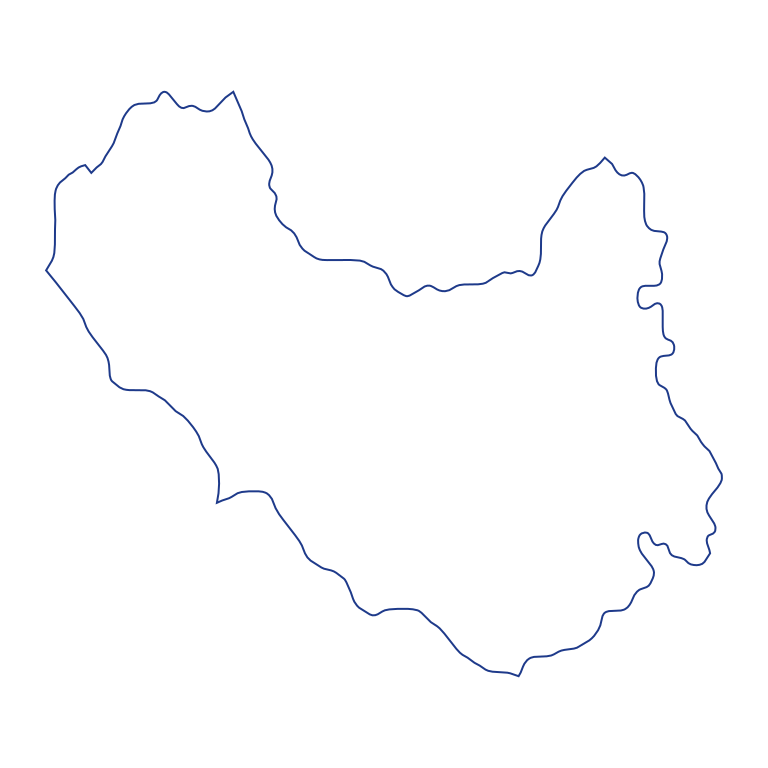 the district of Yamasá, Monte Plata, Dominican Republic
{"feature_id": "3306468B37411515289314", "entity_name": "Yamasá", "entity_type": "district", "adm_level": 2, "iso_a3": "DOM", "parent_name": "Dominican Republic", "parent_adm1": "Monte Plata", "projection": "equal_earth", "projection_center": [-70.05, 18.766], "detail": "fine", "context": "isolated", "style": "outline", "palette": "blue", "viewbox_px": 768, "rotation_deg": 0, "n_neighbors": 0, "source": "geoboundaries", "source_scale": "gbopen_adm2", "svg_char_len": 6086}
<svg xmlns="http://www.w3.org/2000/svg" viewBox="0 0 768 768"><path d="M55.3,220.1L55.0,229.3L54.9,244.5L54.3,253.0L53.4,257.0L51.9,260.7L46.1,270.4L56.2,282.8L74.5,306.2L79.7,313.1L83.3,319.0L86.3,327.1L88.7,331.6L92.6,337.2L103.1,350.7L106.0,354.9L107.5,358.0L108.5,361.5L109.1,365.0L109.8,375.6L110.6,378.7L111.2,380.1L112.1,381.3L119.5,387.3L123.4,389.2L126.3,389.8L129.2,390.1L145.8,390.3L150.1,391.2L152.8,392.4L158.6,396.4L164.9,400.3L175.7,411.2L183.2,416.0L187.8,420.6L193.2,427.3L196.2,431.6L198.8,436.1L201.8,444.2L203.4,447.3L206.2,451.6L214.4,462.6L216.2,465.6L217.7,468.8L218.7,474.2L219.1,483.7L218.5,493.3L216.9,502.8L222.2,500.5L229.1,498.2L231.6,496.9L237.6,493.2L241.8,492.0L249.3,491.3L258.3,491.3L262.7,491.8L265.5,492.7L266.9,493.4L269.1,495.2L271.9,498.9L275.6,508.2L279.1,514.2L283.3,519.9L295.2,535.3L299.3,541.0L301.9,545.5L305.0,553.4L307.4,557.4L310.6,560.6L321.4,567.5L324.0,568.7L331.1,570.4L333.8,571.4L336.2,572.8L344.0,578.7L344.9,579.7L346.4,582.3L350.8,592.3L353.0,598.7L354.3,601.7L357.0,605.6L359.1,607.7L369.8,614.4L372.4,615.3L375.2,615.2L377.7,614.3L382.3,611.5L384.9,610.3L389.4,609.4L397.2,608.9L408.3,608.9L412.9,609.3L417.5,610.3L418.9,610.9L421.5,612.8L430.9,622.2L437.2,626.3L439.7,628.4L444.3,633.5L456.4,648.9L459.9,652.7L462.5,654.8L467.6,657.7L474.5,662.8L479.7,665.6L485.5,669.6L488.2,670.8L492.5,671.7L507.4,672.7L510.2,673.3L518.6,676.2L520.7,672.5L523.0,666.6L524.4,663.7L527.2,660.1L529.5,658.4L531.0,657.7L534.0,656.9L546.7,656.3L551.2,655.5L553.8,654.4L558.6,651.7L561.3,650.6L564.4,649.9L573.9,648.6L577.0,647.7L589.3,640.4L591.8,638.3L594.1,635.9L598.1,630.2L600.3,625.4L602.5,616.1L603.9,613.6L605.0,612.6L606.2,611.9L608.9,611.1L620.9,610.5L623.9,609.7L625.3,609.0L627.6,607.3L629.5,605.0L631.1,602.4L634.3,595.2L637.0,591.7L639.2,589.9L640.4,589.3L646.6,587.1L648.7,585.7L650.4,583.4L652.8,578.3L653.7,575.6L654.0,572.5L653.7,570.8L653.2,569.2L651.6,566.2L641.8,553.6L640.0,550.4L639.3,548.7L638.7,546.9L638.2,543.4L638.1,540.0L638.4,538.4L638.9,536.8L639.6,535.3L640.6,534.2L641.7,533.4L644.9,532.5L647.1,532.8L648.2,533.4L649.7,535.3L652.4,541.5L653.9,543.5L655.8,544.9L657.8,545.2L661.6,544.0L663.6,543.6L665.7,544.2L667.4,545.8L670.0,553.1L671.8,555.2L674.3,556.5L681.3,558.1L683.9,559.1L685.0,559.8L688.4,563.1L690.9,564.4L693.8,565.0L696.7,565.2L699.6,564.8L702.3,563.8L704.5,561.9L710.1,553.3L709.4,550.1L707.1,543.4L706.7,540.5L706.8,539.1L707.7,536.5L708.5,535.6L709.4,535.1L713.0,533.6L714.6,532.0L715.2,530.8L715.5,527.9L715.3,526.4L714.2,523.5L709.0,515.4L707.4,512.4L706.5,508.9L706.5,505.4L707.3,501.8L708.9,498.6L712.0,494.2L717.6,487.4L720.4,483.1L721.7,480.0L721.9,478.4L721.8,475.3L721.5,473.8L718.3,468.6L715.9,463.1L709.5,451.1L704.5,446.4L702.7,444.2L701.0,441.9L697.3,435.5L692.3,430.8L690.5,428.7L685.0,420.5L683.0,419.0L677.5,416.1L675.7,414.0L670.5,403.0L669.5,399.8L668.0,393.5L667.0,390.7L666.3,389.5L664.5,387.9L659.4,385.0L658.5,384.1L657.0,381.2L656.0,375.8L655.9,368.2L656.5,362.7L657.7,359.4L658.6,358.1L659.7,357.1L661.0,356.5L663.7,355.9L669.0,355.4L671.5,354.5L672.6,353.5L673.4,352.3L674.2,349.4L674.2,346.3L673.9,344.9L672.7,342.3L670.8,340.7L667.8,339.5L665.8,338.4L664.9,337.4L664.1,336.1L663.5,334.5L662.9,330.9L662.7,326.9L662.7,310.8L662.2,307.4L661.6,305.8L660.6,304.4L659.5,303.6L657.2,303.2L654.9,303.9L651.0,306.7L648.7,307.9L646.2,308.6L643.6,308.6L641.1,307.8L639.9,306.8L638.9,305.3L637.8,301.9L637.4,298.2L637.9,292.8L639.0,289.4L640.0,288.0L641.2,286.9L642.5,286.3L645.3,285.8L654.0,285.8L656.7,285.5L659.3,284.4L660.4,283.4L661.2,282.0L662.0,279.0L662.1,274.1L661.5,270.9L659.6,264.1L659.6,261.3L660.3,258.4L663.3,249.5L666.7,241.4L667.2,238.4L667.2,236.9L666.8,235.4L666.1,234.0L665.1,232.9L663.9,232.2L661.3,231.6L654.2,230.9L651.3,229.9L649.0,228.2L647.0,225.9L646.2,224.5L645.0,221.0L644.3,217.0L644.1,210.8L644.3,193.8L643.6,187.6L643.2,185.6L641.9,182.5L640.3,179.7L638.4,177.2L635.3,174.2L633.1,173.0L631.9,172.8L629.7,173.3L626.7,174.8L624.4,175.5L621.8,175.4L619.4,174.3L617.3,172.5L615.5,170.2L612.1,164.0L604.8,157.6L600.1,163.0L596.4,166.4L593.7,167.9L586.8,169.8L584.1,170.9L580.2,173.9L576.6,177.6L572.3,182.9L566.2,190.8L562.5,196.2L560.3,200.5L558.0,206.9L556.6,209.8L553.9,213.9L545.2,225.5L543.6,228.3L542.3,231.4L541.5,235.0L541.1,238.7L540.9,253.9L540.3,259.4L539.5,262.8L538.3,265.8L535.2,272.4L533.4,274.5L532.3,275.2L531.1,275.5L528.6,275.2L522.3,271.6L519.7,271.0L517.1,271.2L512.7,272.9L510.7,273.4L504.5,272.3L502.3,273.0L492.9,278.1L485.8,282.8L482.9,283.7L478.2,284.3L464.0,284.5L459.3,285.1L456.4,286.1L449.3,290.2L445.1,291.2L442.3,291.1L439.5,290.5L437.0,289.4L433.6,287.3L431.2,286.1L429.9,285.7L427.2,285.7L424.6,286.5L418.9,290.3L409.6,295.6L407.3,296.2L406.1,296.1L403.8,295.2L398.1,291.9L394.5,289.3L392.6,287.0L390.9,284.4L387.9,276.8L386.4,274.1L383.4,270.7L381.0,269.1L372.8,266.6L370.3,265.4L364.3,261.8L359.9,260.6L350.6,260.0L327.1,260.1L322.5,259.9L319.5,259.4L316.5,258.4L314.1,257.0L304.5,250.7L302.4,248.6L299.7,244.9L296.6,237.3L294.2,233.4L291.1,230.3L286.1,227.3L282.4,224.1L279.1,220.2L276.3,215.8L275.1,212.4L274.7,209.0L275.0,205.7L276.6,199.2L276.4,196.5L275.9,195.3L274.7,193.0L270.6,188.8L269.9,187.8L269.2,185.1L269.2,183.6L269.7,180.8L271.7,175.5L272.4,172.4L272.4,168.9L271.6,165.5L270.2,162.5L268.4,159.6L255.7,143.6L252.8,139.4L251.1,136.4L249.7,133.2L248.1,128.3L244.3,119.3L241.7,111.2L233.3,91.8L225.5,97.5L215.0,108.5L212.4,110.3L209.5,111.3L206.7,111.5L202.4,110.8L199.8,109.7L195.3,106.8L192.8,105.9L191.6,105.8L189.0,106.1L183.7,108.1L181.4,107.8L179.1,106.4L177.0,104.2L168.9,94.3L166.8,92.5L165.6,92.0L164.3,91.8L163.2,92.0L161.2,93.3L159.6,95.3L157.2,99.9L156.4,100.9L154.2,102.4L150.3,103.3L138.7,103.8L134.4,105.0L131.7,106.8L129.3,109.1L126.1,113.2L124.2,116.2L122.6,119.4L120.5,126.0L117.3,133.4L113.7,143.1L112.0,146.2L105.4,156.4L102.6,161.9L100.9,164.1L96.6,167.5L91.3,172.9L85.2,165.1L81.1,166.3L78.6,167.5L76.4,169.2L72.7,172.5L68.7,174.7L65.3,178.2L60.0,182.5L57.8,185.3L56.1,188.8L55.6,190.6L54.9,194.5L54.6,200.6L54.7,209.0L55.3,220.1Z" fill="none" stroke="#1e3a8a" stroke-width="2"/></svg>